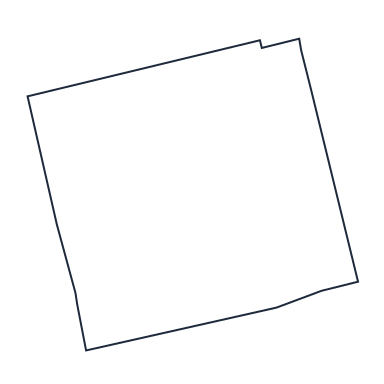 Madison, Missouri, United States of America, rotated 76°
{"feature_id": "52423323B26230724482566", "entity_name": "Madison", "entity_type": "district", "adm_level": 2, "iso_a3": "USA", "parent_name": "United States of America", "parent_adm1": "Missouri", "projection": "equal_earth", "projection_center": [-90.333, 37.478], "detail": "fine", "context": "isolated", "style": "outline", "palette": "slate", "viewbox_px": 384, "rotation_deg": 76, "n_neighbors": 0, "source": "geoboundaries", "source_scale": "gbopen_adm2", "svg_char_len": 320}
<svg xmlns="http://www.w3.org/2000/svg" viewBox="0 0 384 384"><g transform="rotate(76 192 192)"><path d="M319.2,90.2L319.2,52.6L121.6,51.7L80.9,51.8L69.2,50.9L69.1,89.4L61.2,89.4L59.4,328.4L190.7,331.0L261.6,329.5L273.7,330.6L320.1,333.1L324.6,138.0L319.2,90.2Z" fill="none" stroke="#1e293b" stroke-width="2"/></g></svg>